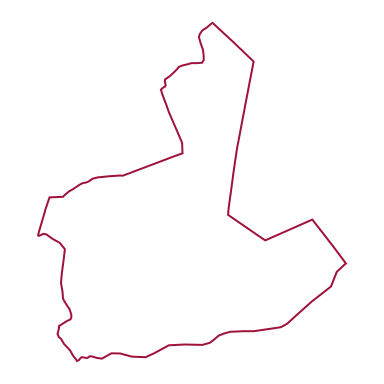 the district of Kulbus, Western Darfur, Sudan
{"feature_id": "16777658B88334295817955", "entity_name": "Kulbus", "entity_type": "district", "adm_level": 2, "iso_a3": "SDN", "parent_name": "Sudan", "parent_adm1": "Western Darfur", "projection": "mercator", "projection_center": [22.731, 14.61], "detail": "fine", "context": "isolated", "style": "outline", "palette": "rose", "viewbox_px": 384, "rotation_deg": 0, "n_neighbors": 0, "source": "geoboundaries", "source_scale": "gbopen_adm2", "svg_char_len": 2777}
<svg xmlns="http://www.w3.org/2000/svg" viewBox="0 0 384 384"><path d="M212.7,23.0L212.2,23.2L211.8,23.3L210.1,24.7L209.2,25.5L206.6,27.7L206.4,27.9L206.2,28.0L204.5,29.0L202.5,30.3L199.8,34.0L198.9,37.2L200.8,43.7L202.9,49.5L203.7,55.8L203.7,60.1L202.1,62.7L197.9,63.1L191.5,63.1L187.9,64.2L182.3,65.5L178.6,67.0L177.5,68.7L174.4,71.9L170.0,76.0L165.2,79.3L164.8,81.4L165.2,83.1L165.7,85.3L165.0,86.6L163.4,87.4L160.9,89.6L161.1,90.2L162.5,94.8L166.5,105.3L168.8,112.0L177.5,132.0L182.1,142.8L182.5,153.3L175.2,155.9L122.8,175.7L120.1,175.5L108.6,176.3L97.6,177.4L95.5,178.0L92.6,178.7L90.7,180.0L88.9,181.3L85.9,182.6L83.0,183.0L80.3,184.3L76.6,186.7L73.0,189.2L69.3,191.2L64.7,195.0L63.0,196.8L49.5,197.4L44.9,211.0L44.9,211.6L38.5,233.3L38.1,235.5L38.9,235.9L41.4,234.8L43.5,233.8L46.4,234.4L52.6,238.9L59.7,242.8L64.9,249.2L63.7,259.3L61.8,273.5L61.0,283.0L62.6,292.4L63.0,298.7L64.9,302.1L67.2,305.8L69.7,309.4L71.3,314.8L71.3,317.7L70.5,319.3L69.3,319.9L67.4,320.8L66.0,321.6L59.0,326.1L59.0,328.1L58.4,330.7L57.7,333.4L57.5,334.0L58.4,335.8L58.7,336.9L61.0,338.8L64.0,343.9L69.1,349.3L70.1,350.4L72.8,355.3L76.1,359.6L77.0,361.0L78.8,360.1L80.7,357.9L82.0,357.1L83.6,357.5L85.7,357.8L86.8,358.0L88.2,357.5L89.9,356.2L92.2,356.5L96.9,357.9L101.7,358.6L102.0,358.6L103.4,357.8L111.5,353.3L120.2,353.5L131.7,356.6L135.6,356.8L145.7,357.2L154.7,353.0L168.8,345.3L184.4,344.5L202.3,344.9L209.6,342.9L212.8,340.6L218.7,335.6L223.8,333.6L230.1,331.8L243.2,331.2L253.8,331.2L280.9,327.2L287.3,323.6L297.0,314.7L311.9,301.4L331.0,286.5L332.0,284.0L336.8,271.8L343.8,265.3L344.6,264.6L345.9,263.5L342.3,258.6L332.9,246.0L328.9,240.9L326.0,237.1L325.2,236.1L323.7,234.2L322.7,232.9L322.5,232.6L320.8,230.5L319.7,229.0L318.9,228.0L318.6,227.6L318.2,227.1L318.0,226.8L317.6,226.3L317.2,225.9L315.8,224.0L315.4,223.5L315.3,223.4L314.9,222.9L314.8,222.7L314.1,221.9L313.7,221.4L313.3,220.8L312.6,219.9L312.3,219.6L265.2,240.4L228.1,214.9L228.4,211.7L228.2,211.6L228.5,209.5L228.6,208.6L228.8,207.2L228.9,206.5L228.9,206.3L229.1,204.6L229.2,204.2L229.5,201.6L229.6,201.2L230.1,197.3L230.4,195.4L231.0,191.2L231.3,188.6L231.6,186.8L232.2,182.0L232.8,177.8L233.1,175.1L233.3,173.6L233.9,169.9L234.3,166.9L234.4,166.1L235.3,159.8L235.6,157.9L235.9,156.2L236.8,149.7L237.0,148.8L237.2,147.6L237.6,145.4L238.8,139.3L239.1,137.4L239.8,134.1L240.3,131.3L241.3,126.0L241.3,125.9L241.5,125.0L242.9,117.4L244.0,112.0L244.7,108.1L244.8,107.4L245.0,106.4L246.2,100.0L246.3,99.6L248.1,90.3L249.2,84.4L250.0,80.3L250.2,79.4L250.7,76.7L252.2,69.0L252.2,68.8L252.3,68.6L253.3,63.2L253.5,62.1L253.6,61.5L245.0,53.3L240.4,48.8L240.2,48.7L235.4,44.1L233.3,42.0L232.8,41.6L227.1,36.3L225.2,34.6L219.3,29.1L219.2,29.1L216.6,26.6L214.2,24.4L212.7,23.0Z" fill="none" stroke="#9f1239" stroke-width="2"/></svg>